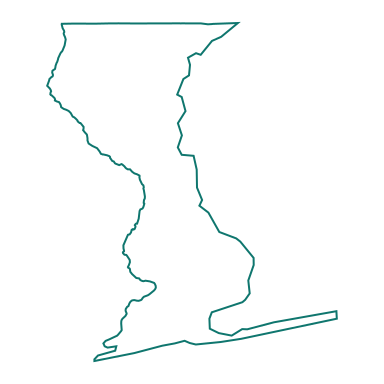 the district of Escambia, Florida, United States of America
{"feature_id": "52423323B97123089850170", "entity_name": "Escambia", "entity_type": "district", "adm_level": 2, "iso_a3": "USA", "parent_name": "United States of America", "parent_adm1": "Florida", "projection": "mercator", "projection_center": [-87.428, 30.64], "detail": "fine", "context": "isolated", "style": "outline", "palette": "teal", "viewbox_px": 384, "rotation_deg": 0, "n_neighbors": 0, "source": "geoboundaries", "source_scale": "gbopen_adm2", "svg_char_len": 3456}
<svg xmlns="http://www.w3.org/2000/svg" viewBox="0 0 384 384"><path d="M61.8,23.8L61.7,24.6L62.7,28.4L64.0,30.6L64.3,32.0L63.7,33.2L63.7,33.8L64.2,35.3L65.0,37.0L65.7,39.4L64.6,45.5L62.6,50.4L62.0,51.5L61.1,52.3L60.3,53.6L58.2,58.2L58.0,59.4L57.2,61.9L56.6,62.9L55.6,65.7L55.3,67.8L54.9,69.1L53.0,70.3L52.4,70.9L52.2,72.7L52.9,74.5L52.9,75.7L52.4,76.6L51.5,77.0L49.4,79.1L49.2,80.3L47.2,85.8L49.9,88.6L50.7,90.0L51.1,91.3L50.6,92.4L50.3,94.3L50.8,95.0L51.6,95.3L54.4,97.9L55.1,99.4L54.9,100.5L56.9,101.5L59.0,102.1L59.9,103.4L60.7,105.0L61.2,107.2L63.7,108.9L66.3,109.8L68.7,111.0L70.7,113.0L72.7,116.6L74.2,117.3L75.8,118.7L77.5,120.5L77.7,121.4L79.6,123.0L80.4,123.0L80.8,123.4L83.6,126.9L83.5,129.1L83.1,130.1L84.7,132.2L86.8,134.5L87.0,135.1L87.5,138.2L87.5,140.5L88.6,143.5L92.3,145.9L97.1,148.2L99.7,151.6L100.9,153.8L102.8,154.5L103.1,154.4L107.1,155.3L109.4,156.2L110.0,156.9L110.1,157.9L112.2,160.9L113.8,161.5L114.9,163.2L115.4,163.6L119.2,165.1L121.5,164.1L122.3,164.5L124.6,166.5L125.2,167.4L126.2,168.4L127.7,169.3L130.0,169.3L132.2,171.8L134.4,173.4L137.1,174.3L139.5,175.6L139.6,176.2L139.4,177.2L139.9,179.7L142.0,184.1L143.4,185.4L143.8,187.3L143.4,188.4L143.9,190.3L144.9,196.5L144.8,198.3L144.5,199.1L144.0,200.0L143.7,202.7L143.7,203.0L144.3,203.5L144.3,203.8L143.4,206.9L142.6,208.4L141.8,208.9L140.4,209.4L139.6,211.0L138.7,218.7L137.1,223.6L136.4,223.5L135.7,223.9L134.8,225.1L134.8,225.3L135.4,226.0L135.5,226.8L134.7,228.9L133.8,229.5L133.2,229.6L133.0,229.1L132.8,229.1L131.7,229.8L131.0,232.5L129.6,234.4L128.1,234.7L127.9,234.9L123.4,245.3L123.5,248.4L124.1,251.0L124.0,251.4L123.5,251.6L123.1,252.0L122.9,252.4L123.0,253.1L124.2,254.5L124.8,254.8L126.2,254.9L126.8,255.5L129.7,259.9L129.9,262.2L128.9,265.1L127.9,267.1L128.2,267.7L129.5,268.4L129.9,269.0L130.3,271.8L132.1,274.1L136.3,278.0L139.1,278.4L140.4,280.1L142.3,281.0L143.5,281.2L145.5,280.7L149.9,281.4L154.1,282.9L154.9,284.0L155.7,285.9L155.8,287.7L155.1,289.2L153.9,290.6L149.5,294.2L148.6,294.8L147.8,295.3L144.0,296.7L142.8,297.8L141.6,299.6L140.9,300.1L138.7,300.8L136.9,300.7L134.5,300.1L133.1,300.2L131.7,300.6L130.3,301.9L129.9,302.6L129.4,303.4L128.4,306.1L127.2,306.8L125.8,308.9L125.6,310.3L125.7,311.1L126.6,313.3L126.6,313.9L125.4,316.0L122.4,318.8L121.5,320.3L121.3,321.3L121.2,323.5L121.7,330.1L121.1,331.1L118.0,334.8L116.8,335.9L116.0,336.2L109.4,339.3L105.6,340.9L103.4,343.4L104.7,346.3L107.6,347.6L116.3,346.3L115.2,350.7L98.0,355.5L94.4,359.3L94.4,361.0L134.2,353.1L162.3,345.7L174.8,343.4L184.6,340.8L189.7,343.0L195.8,344.5L220.7,342.0L241.3,338.8L336.8,318.7L336.4,311.2L273.9,322.3L247.3,329.3L242.2,329.1L231.7,335.6L218.8,333.1L209.8,328.7L209.4,318.7L211.8,312.3L242.4,302.2L245.2,299.8L249.7,293.4L248.3,280.5L253.7,265.0L253.6,257.9L240.3,241.6L236.2,238.4L219.3,232.0L208.4,212.6L199.4,205.7L202.1,200.0L197.0,187.6L196.7,169.6L193.6,155.8L181.7,154.8L177.8,147.4L181.9,135.4L177.9,123.2L185.5,111.1L181.7,97.0L177.2,94.6L183.4,79.0L189.0,75.4L190.0,64.8L188.0,57.7L196.0,53.2L200.7,54.8L212.0,40.9L221.2,36.8L237.9,23.0L213.2,23.9L211.3,24.1L207.9,24.3L200.9,23.4L200.7,23.4L200.1,23.4L199.7,23.4L199.0,23.4L198.7,23.4L196.7,23.4L187.2,23.4L186.4,23.4L182.1,23.3L181.1,23.4L177.8,23.3L169.0,23.4L160.2,23.4L156.8,23.4L155.3,23.4L131.8,23.5L129.2,23.4L122.1,23.4L119.7,23.4L118.5,23.3L117.3,23.4L115.2,23.4L110.4,23.4L110.0,23.4L109.8,23.4L93.9,23.7L82.2,23.6L73.0,23.6L61.8,23.8Z" fill="none" stroke="#0f766e" stroke-width="2"/></svg>